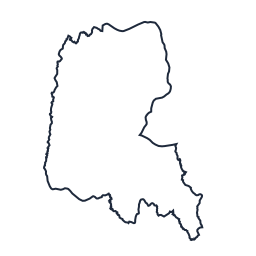 outline of Logroño, Morona Santiago, Ecuador, rotated 184°
{"feature_id": "8360857B64842407463110", "entity_name": "Logroño", "entity_type": "district", "adm_level": 2, "iso_a3": "ECU", "parent_name": "Ecuador", "parent_adm1": "Morona Santiago", "projection": "robinson", "projection_center": [-78.085, -2.764], "detail": "fine", "context": "isolated", "style": "outline", "palette": "slate", "viewbox_px": 256, "rotation_deg": 184, "n_neighbors": 0, "source": "geoboundaries", "source_scale": "gbopen_adm2", "svg_char_len": 5695}
<svg xmlns="http://www.w3.org/2000/svg" viewBox="0 0 256 256"><g transform="rotate(184 128 128)"><path d="M149.4,57.2L149.3,58.1L148.3,59.2L146.0,59.2L143.4,60.5L142.9,61.2L142.6,61.2L142.4,60.3L141.5,60.1L141.6,59.4L141.4,59.2L141.3,58.7L141.0,58.7L140.9,57.6L139.9,57.3L139.8,56.4L139.5,56.1L141.2,55.0L141.3,54.7L141.0,54.5L141.4,54.2L140.4,53.6L140.3,52.6L141.0,52.5L139.6,51.0L139.5,49.6L139.7,49.0L139.7,48.6L139.3,48.5L139.8,47.1L139.4,47.2L138.8,46.8L139.2,45.8L138.7,45.7L138.3,46.2L137.8,46.1L137.5,45.7L137.6,44.8L136.4,44.0L134.6,44.3L133.6,43.2L132.8,43.2L132.6,42.5L133.1,41.9L132.4,41.5L132.4,41.0L131.9,40.5L131.1,40.6L130.7,40.3L130.1,38.0L128.2,37.1L127.2,36.9L127.0,36.6L126.9,35.9L124.7,34.2L123.8,33.8L121.6,33.7L120.9,33.2L120.2,34.7L118.1,34.4L115.8,33.5L114.9,33.6L114.6,33.8L114.3,34.7L114.4,36.8L114.1,40.0L113.5,41.9L113.0,42.8L111.5,43.3L111.2,43.9L111.9,47.5L111.6,50.2L111.7,52.6L111.2,54.1L111.0,55.4L110.7,56.5L110.0,57.5L108.3,58.0L107.6,57.9L106.6,57.0L105.1,54.7L103.9,54.1L102.3,51.8L101.1,52.3L100.4,53.1L100.3,53.5L99.2,54.5L98.2,54.7L96.8,53.8L96.3,52.7L94.8,52.5L94.3,52.8L93.9,52.5L93.7,51.7L93.4,51.5L93.6,50.8L93.2,49.9L93.5,48.4L93.2,47.6L93.5,46.3L92.5,45.1L92.6,44.3L92.3,43.7L91.4,42.7L90.4,43.4L89.0,43.6L85.9,42.2L81.1,45.8L80.3,47.6L79.6,47.2L78.5,47.3L77.2,48.7L76.8,46.3L77.4,45.3L76.8,45.2L76.5,44.4L76.0,44.7L75.2,44.2L75.0,43.6L73.7,42.2L72.0,41.4L71.5,40.8L70.6,40.7L70.7,38.9L69.8,38.3L70.1,37.5L69.7,37.0L69.8,36.5L68.5,35.6L68.3,34.6L67.7,33.7L68.1,33.3L68.0,33.1L67.1,32.8L66.5,32.0L66.5,31.6L66.0,31.1L65.6,31.5L64.1,30.2L63.0,30.3L62.1,29.5L61.6,29.4L61.6,28.6L60.2,26.7L59.0,24.1L59.0,22.8L58.4,22.1L57.8,21.9L57.5,21.2L57.1,21.3L57.3,20.8L56.7,20.7L55.4,21.5L54.4,21.2L54.0,21.6L54.0,22.2L53.5,22.0L52.3,23.7L51.4,24.2L50.9,25.4L49.7,26.3L51.7,29.9L51.7,31.2L50.7,32.6L49.0,33.8L47.0,34.1L47.5,35.6L47.9,36.4L48.4,36.7L49.1,38.4L49.4,40.6L51.4,43.0L51.4,44.1L52.2,44.3L52.6,44.8L53.0,47.4L53.3,48.1L52.9,51.5L53.3,52.4L53.2,53.6L53.5,54.6L51.3,58.1L51.4,60.7L49.6,64.2L49.4,65.3L49.5,66.0L50.1,66.6L51.3,67.0L52.3,66.8L53.3,66.0L54.1,65.8L55.0,65.7L56.1,66.2L56.7,66.9L58.5,68.0L60.0,69.7L61.2,71.8L61.0,72.7L61.2,72.9L63.5,74.4L66.8,75.2L69.0,77.8L69.4,78.6L69.4,79.8L70.7,80.2L70.3,82.8L70.8,84.1L70.7,84.5L68.4,85.4L68.0,86.0L68.0,86.5L68.7,86.6L68.9,86.9L68.4,87.4L67.4,87.5L67.1,88.0L70.3,89.0L70.3,89.4L71.1,90.2L72.2,92.2L72.4,92.9L72.2,93.8L72.6,94.0L72.5,94.4L73.1,94.9L72.8,95.4L73.1,96.1L73.5,96.2L73.7,96.6L73.7,98.3L73.5,99.0L73.9,100.4L74.2,100.6L75.0,99.6L75.7,100.2L75.9,100.0L76.5,100.7L76.6,103.6L77.6,105.2L77.8,106.5L78.9,107.5L79.2,108.2L78.8,109.2L78.6,111.4L79.5,113.4L78.6,115.4L82.3,114.3L90.2,112.5L92.8,112.1L96.2,112.2L99.5,113.4L102.3,114.9L105.5,117.7L108.2,119.2L113.9,121.5L115.8,121.8L114.1,124.3L111.9,129.8L109.8,132.9L109.7,134.0L109.8,135.2L110.8,137.6L111.2,140.0L110.4,142.0L109.8,142.6L109.5,143.3L108.0,144.8L106.0,145.9L106.2,149.3L105.1,155.1L104.2,157.2L102.2,159.1L96.1,160.7L94.1,162.0L91.8,164.2L90.7,164.9L89.3,166.3L88.6,167.7L88.1,170.2L88.1,172.6L89.1,174.3L90.7,175.4L91.6,176.8L91.8,179.2L92.1,180.1L91.9,184.8L91.0,187.3L90.9,191.3L92.4,195.2L94.9,198.7L94.7,204.3L95.2,206.8L97.0,210.3L97.3,212.7L97.7,213.8L99.5,216.0L101.5,223.0L101.3,223.9L102.7,228.0L104.8,231.3L107.8,234.6L108.6,235.0L113.1,235.3L115.6,234.6L118.3,235.0L119.4,234.8L125.0,232.0L133.6,227.0L139.1,224.4L140.5,224.2L143.3,224.5L145.6,225.2L148.5,226.5L154.6,230.1L156.2,230.6L157.8,230.2L160.4,228.5L160.4,222.9L162.1,223.0L163.3,224.3L164.9,224.9L166.2,225.7L168.9,226.3L170.3,224.4L170.8,222.8L170.5,221.3L170.7,220.5L171.5,219.0L172.6,218.4L173.1,217.3L174.7,216.9L175.0,217.3L175.2,218.4L175.7,218.6L176.4,218.4L176.6,219.6L177.1,219.8L177.7,219.7L177.9,220.3L178.7,220.7L179.1,220.1L179.8,220.3L180.1,219.9L180.8,220.1L181.9,219.8L182.6,218.5L182.6,217.5L183.1,215.7L183.3,214.0L184.1,212.3L184.0,210.8L184.8,210.3L185.0,209.6L185.7,208.8L186.2,208.9L187.4,210.3L188.2,209.7L189.6,210.4L190.3,211.4L192.2,212.0L192.2,212.5L191.0,213.3L190.8,213.9L191.7,214.1L191.9,215.0L193.9,215.9L194.9,212.5L195.6,212.3L195.6,211.2L195.9,210.7L196.6,210.2L197.0,208.1L198.4,206.4L198.6,205.1L198.6,202.7L200.7,201.2L201.6,199.6L202.2,197.0L202.1,196.4L201.4,195.4L200.1,194.4L198.9,192.9L198.9,192.3L200.6,189.9L201.5,189.4L202.3,189.6L202.9,189.3L203.0,188.1L202.4,186.8L202.8,185.3L202.3,184.5L203.3,182.8L203.3,182.2L202.6,180.9L202.4,177.0L204.6,173.1L204.7,172.5L203.7,170.6L202.3,168.8L201.3,165.0L202.5,163.6L203.8,160.9L204.2,159.3L204.7,158.4L205.1,158.1L206.4,158.0L206.7,157.3L205.9,155.5L205.7,154.0L204.4,153.7L204.1,153.2L204.7,151.0L204.4,149.5L204.6,149.2L205.5,148.9L206.1,148.0L205.9,147.4L205.1,146.6L206.1,142.5L206.1,139.7L205.7,139.1L205.7,137.8L205.9,137.3L206.8,136.8L206.9,136.2L205.9,134.6L204.4,133.8L204.6,133.4L205.6,132.7L205.1,130.5L204.4,129.1L204.3,127.5L205.5,125.9L205.9,122.4L205.4,121.0L206.1,118.9L205.6,117.4L205.0,116.2L206.3,113.4L206.3,112.2L205.7,111.0L207.2,108.4L207.1,108.0L206.4,107.8L205.9,107.1L205.1,105.4L206.3,103.5L206.1,102.4L206.8,102.2L206.3,101.0L206.3,99.4L206.7,99.3L206.8,98.4L206.5,97.3L207.5,96.8L207.7,96.2L206.6,95.5L206.6,95.2L207.1,94.0L207.0,93.1L207.7,93.0L207.4,91.3L207.4,89.3L208.3,87.6L208.1,86.8L208.4,85.6L208.2,84.8L208.6,84.5L209.0,83.1L208.9,82.1L207.9,81.0L206.8,79.1L206.7,76.8L206.3,75.6L205.3,74.3L204.5,69.6L201.9,64.3L200.4,62.3L199.5,61.8L198.8,61.6L195.9,62.4L190.7,61.7L188.6,62.4L186.7,63.5L184.3,63.3L183.3,63.0L181.3,61.3L179.0,58.8L171.7,53.6L168.2,52.2L165.9,52.5L161.3,54.9L158.3,57.4L157.6,57.5L156.1,56.9L154.7,55.7L154.1,55.5L153.0,55.6L151.2,56.6L149.4,57.2Z" fill="none" stroke="#1e293b" stroke-width="2"/></g></svg>